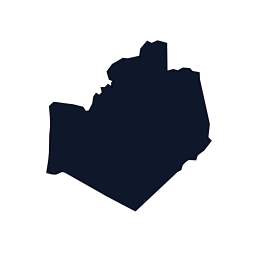 the district of Pender, North Carolina, United States of America, rotated 137°
{"feature_id": "52423323B64112119736585", "entity_name": "Pender", "entity_type": "district", "adm_level": 2, "iso_a3": "USA", "parent_name": "United States of America", "parent_adm1": "North Carolina", "projection": "equal_earth", "projection_center": [-77.903, 34.513], "detail": "fine", "context": "isolated", "style": "filled", "palette": "ink", "viewbox_px": 256, "rotation_deg": 137, "n_neighbors": 0, "source": "geoboundaries", "source_scale": "gbopen_adm2", "svg_char_len": 1052}
<svg xmlns="http://www.w3.org/2000/svg" viewBox="0 0 256 256"><g transform="rotate(137 128 128)"><path d="M42.7,115.1L38.5,119.9L42.7,125.5L42.5,129.2L47.2,134.3L52.8,135.6L55.0,139.6L61.2,142.8L42.3,163.6L47.1,171.4L53.2,173.5L55.0,178.1L64.5,177.0L70.5,172.3L81.0,178.4L84.4,182.2L96.0,184.9L102.2,183.8L102.4,183.7L104.7,183.3L108.2,176.4L106.2,172.2L108.9,172.1L112.0,168.8L113.1,173.3L117.2,172.9L120.0,175.5L122.4,171.3L127.0,171.2L127.8,174.8L131.6,174.0L137.2,169.6L145.1,166.8L148.0,169.1L147.0,173.8L152.4,182.1L161.9,193.6L162.0,193.9L165.0,197.2L170.5,197.2L171.1,196.5L177.3,188.5L183.4,181.7L189.7,176.2L202.2,163.3L208.2,158.0L217.5,150.7L214.0,145.4L213.5,145.2L212.9,144.8L212.8,144.7L212.6,144.3L212.4,144.0L212.4,143.8L205.5,141.3L203.9,138.6L189.8,93.7L188.5,89.9L188.4,89.6L183.9,76.6L183.7,76.0L178.9,62.6L178.2,62.6L121.7,62.8L117.8,61.7L113.5,64.2L109.1,64.5L104.9,63.9L104.7,63.8L104.7,63.7L100.1,58.8L95.8,61.2L87.4,60.3L76.1,62.2L76.2,66.8L66.0,75.6L42.7,115.1Z" fill="#0f172a" stroke="#020617" stroke-width="1.5"/></g></svg>